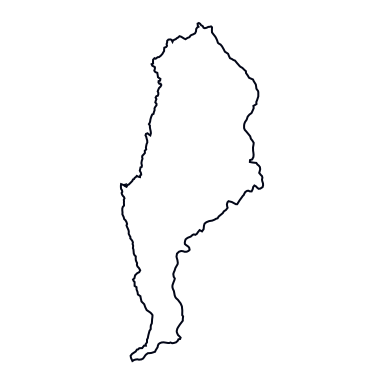 the district of Garrafão do Norte, Pará, Brazil
{"feature_id": "56859067B10058884910465", "entity_name": "Garrafão do Norte", "entity_type": "district", "adm_level": 2, "iso_a3": "BRA", "parent_name": "Brazil", "parent_adm1": "Pará", "projection": "robinson", "projection_center": [-47.098, -2.221], "detail": "fine", "context": "isolated", "style": "outline", "palette": "ink", "viewbox_px": 384, "rotation_deg": 0, "n_neighbors": 0, "source": "geoboundaries", "source_scale": "gbopen_adm2", "svg_char_len": 5682}
<svg xmlns="http://www.w3.org/2000/svg" viewBox="0 0 384 384"><path d="M132.4,361.0L134.0,360.0L135.8,359.5L137.4,359.3L139.0,359.7L141.4,359.4L143.0,358.6L144.1,357.2L145.2,355.5L146.1,354.5L147.9,353.2L150.0,353.1L151.5,352.9L153.1,352.4L155.1,351.7L155.6,350.4L157.6,347.2L157.9,345.6L158.5,344.2L159.6,343.3L161.5,342.5L163.5,342.3L168.1,343.0L169.3,343.0L170.4,342.5L172.2,343.2L173.8,343.0L176.1,342.3L177.8,340.7L178.4,339.3L180.1,339.0L180.6,337.6L179.2,336.1L178.0,335.0L176.9,332.5L176.7,331.1L177.3,328.7L178.0,327.4L179.9,324.5L182.8,320.7L182.8,319.1L183.1,316.4L182.2,315.1L182.3,310.5L181.9,306.4L181.4,305.2L180.6,303.4L177.9,299.8L176.2,298.3L175.4,297.2L174.7,295.4L173.9,291.1L172.8,288.7L172.4,287.0L172.5,285.2L173.4,282.6L174.5,279.8L174.8,278.5L173.7,276.7L173.3,274.0L173.9,272.1L174.6,270.6L175.4,268.0L177.6,264.2L177.8,262.8L177.4,260.0L176.8,258.0L176.5,256.6L177.0,253.6L179.0,251.7L181.2,251.0L182.9,251.2L184.8,251.8L186.8,251.7L188.5,250.9L189.6,249.8L189.2,247.8L188.4,246.7L187.0,245.7L186.0,245.0L184.9,244.0L184.8,242.5L185.1,240.9L185.6,239.4L186.8,238.4L188.1,237.6L190.7,236.6L192.6,234.9L193.9,234.4L195.4,234.8L197.0,233.7L197.6,232.6L199.6,230.1L202.0,231.4L203.6,229.2L204.0,225.5L204.6,223.6L206.4,222.2L209.1,221.1L212.2,220.6L214.7,219.6L215.7,218.9L217.6,218.3L218.7,216.5L222.8,213.1L223.8,211.4L226.0,209.9L227.6,207.8L227.2,206.5L226.9,204.3L227.5,202.3L228.5,201.2L231.8,202.0L235.9,204.2L237.2,204.2L239.5,200.5L241.9,197.2L242.8,195.9L243.7,195.1L244.3,193.7L245.3,192.0L247.0,190.9L248.3,190.7L249.9,191.4L251.6,191.4L252.7,189.2L253.2,187.0L254.4,185.5L256.0,186.4L257.1,187.6L258.6,188.8L260.3,188.6L262.6,187.1L263.1,185.3L263.0,183.4L262.2,180.9L262.0,179.5L262.4,177.7L262.0,176.1L260.8,174.9L259.2,172.9L259.7,171.2L260.2,169.2L259.9,167.1L258.8,165.6L257.5,164.6L256.3,162.9L254.2,162.7L252.4,162.5L249.9,162.0L250.0,160.1L252.2,159.4L253.4,157.0L253.6,154.8L253.4,152.7L253.1,150.8L253.0,147.5L253.5,144.7L253.7,142.8L252.3,140.5L250.9,138.8L250.2,136.3L248.9,134.7L246.2,131.4L244.8,129.9L244.1,128.1L244.1,125.5L244.3,124.0L245.0,122.1L246.7,119.6L247.7,116.6L249.5,114.5L250.7,113.7L251.6,112.9L253.1,109.6L253.7,108.1L253.4,105.9L254.7,105.2L256.5,104.0L256.3,102.0L257.1,100.1L258.3,96.4L258.3,92.4L258.1,91.1L256.4,88.7L256.1,86.3L255.8,84.5L253.7,81.1L253.0,79.5L249.1,77.8L247.8,75.6L246.0,73.0L245.9,71.2L244.6,70.1L242.4,67.9L240.3,66.7L239.2,65.6L238.3,64.5L237.2,63.3L235.0,60.6L233.4,60.0L231.7,58.9L230.0,58.2L228.9,55.9L228.1,53.8L226.3,52.6L224.9,51.7L223.6,49.1L222.0,46.3L220.5,44.5L219.1,43.8L217.9,42.8L217.1,40.3L216.2,38.3L215.3,36.7L213.1,33.9L212.0,32.4L211.9,30.5L212.0,27.3L211.0,26.4L209.8,26.8L208.3,26.9L206.5,27.8L204.8,28.2L203.6,27.8L202.7,26.1L201.1,25.2L200.1,23.8L198.8,23.0L197.6,23.6L197.8,25.7L198.5,26.8L197.2,27.5L196.2,29.0L196.0,31.4L195.1,33.3L193.1,34.4L191.7,34.9L190.6,35.5L189.4,37.2L187.5,37.9L185.5,39.2L184.0,38.5L182.6,37.6L181.1,36.7L179.5,36.2L178.1,37.5L176.8,38.2L175.7,39.2L174.6,39.6L173.1,40.4L172.5,41.8L171.5,39.8L170.3,39.4L168.4,39.6L167.2,40.8L167.1,42.6L166.6,44.1L167.0,45.8L166.3,46.9L164.3,47.7L164.1,49.7L164.1,51.0L163.3,52.3L162.4,53.9L160.8,55.7L159.0,57.1L157.7,57.2L156.7,57.9L155.7,58.7L154.5,58.2L153.1,59.7L153.0,61.7L153.1,63.5L151.6,64.2L152.3,65.7L153.8,66.5L154.9,67.2L154.9,68.7L154.3,70.7L155.4,72.1L157.3,72.8L157.7,75.3L158.0,77.2L159.2,78.1L160.4,78.9L160.1,80.6L158.6,81.1L158.5,82.5L159.4,83.8L160.6,83.7L161.3,85.0L160.6,86.5L159.0,88.1L158.2,90.0L157.7,91.4L158.3,92.7L158.3,94.4L157.8,95.7L156.4,96.2L155.6,97.6L156.4,99.1L155.9,100.3L155.3,102.4L156.5,103.8L156.5,105.2L155.1,107.1L154.5,108.4L154.6,110.2L153.9,112.1L153.5,113.9L152.2,114.5L151.4,116.3L150.9,117.8L150.4,119.6L150.1,121.7L149.6,123.1L148.9,124.1L149.9,125.6L149.9,127.3L150.2,129.1L150.7,131.3L150.9,133.2L150.3,135.4L148.8,134.4L147.5,133.3L146.0,133.9L145.5,135.3L146.2,136.7L146.7,138.8L147.2,140.4L147.3,142.5L146.6,144.0L146.2,145.9L145.9,147.8L146.2,149.4L144.8,150.7L144.9,153.0L143.5,154.6L142.4,155.7L142.1,157.0L142.5,158.7L141.8,160.7L141.4,163.1L141.9,165.5L141.7,166.9L140.5,167.4L140.2,169.0L139.8,170.6L141.0,173.1L141.2,174.7L140.2,175.4L140.0,177.1L138.3,176.7L136.8,175.9L135.7,177.2L134.7,177.8L134.0,179.1L132.9,179.5L132.4,180.8L131.4,181.9L130.0,183.3L128.8,184.5L127.6,185.0L126.5,186.8L124.9,186.0L125.5,184.6L123.7,185.1L122.5,184.6L121.1,184.1L120.9,185.7L120.9,187.1L121.1,188.9L122.0,190.3L122.3,191.9L121.6,193.0L122.1,194.6L123.0,196.0L123.9,196.9L124.5,198.3L123.8,199.7L124.0,201.3L123.9,202.8L124.0,204.3L124.0,205.6L122.8,206.9L122.3,208.6L122.3,210.5L122.5,212.5L122.4,214.3L123.7,217.1L124.2,219.1L125.5,220.3L126.5,222.1L127.1,224.0L126.5,225.3L127.0,226.8L127.8,228.5L128.5,230.2L128.8,231.7L128.7,233.8L129.7,235.8L130.4,237.0L130.3,238.4L131.2,239.4L132.2,240.7L132.9,242.3L132.6,244.0L133.1,245.4L133.1,246.7L132.9,248.1L133.4,249.4L133.6,251.3L133.8,253.6L134.6,255.3L135.8,256.4L135.7,258.0L135.8,260.0L136.3,261.5L137.1,263.1L136.9,264.9L137.5,266.5L139.0,268.1L140.2,270.3L139.2,272.2L137.2,273.2L136.3,274.1L135.1,275.3L134.4,278.3L133.0,279.5L133.7,281.1L134.6,282.0L134.6,284.4L134.6,285.9L136.5,287.2L136.6,289.6L137.5,291.9L137.9,294.5L140.4,296.2L140.7,298.0L141.1,299.7L141.5,301.5L144.2,304.2L145.3,307.3L146.7,310.1L148.8,311.5L150.4,312.6L151.5,313.7L152.5,315.1L152.4,317.0L152.1,319.3L152.0,321.1L151.8,323.4L150.9,325.2L150.7,326.9L150.7,329.1L149.5,330.9L148.4,335.0L147.8,338.1L147.0,339.6L147.0,342.3L145.6,344.3L145.9,345.7L144.0,345.7L142.2,348.1L139.3,348.2L138.1,349.4L136.9,349.6L135.7,351.5L132.1,353.9L130.6,355.8L131.0,357.9L132.4,361.0Z" fill="none" stroke="#020617" stroke-width="2"/></svg>